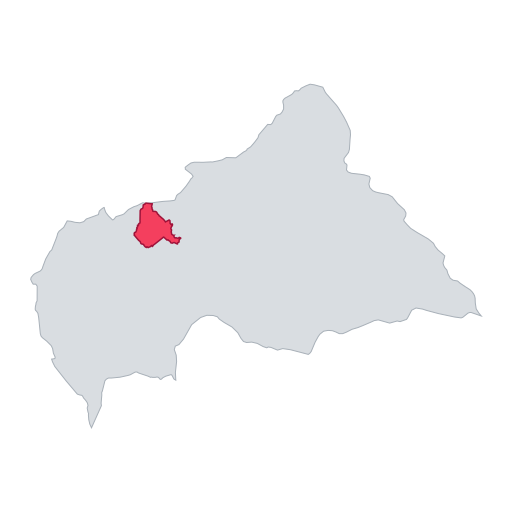 Batangafo, Ouham, Central African Republic (highlighted)
{"feature_id": "33826404B19230963390716", "entity_name": "Batangafo", "entity_type": "district", "adm_level": 2, "iso_a3": "CAF", "parent_name": "Central African Republic", "parent_adm1": "Ouham", "projection": "robinson", "projection_center": [18.084, 7.412], "detail": "fine", "context": "in_parent", "style": "filled", "palette": "rose", "viewbox_px": 512, "rotation_deg": 0, "n_neighbors": 0, "source": "geoboundaries", "source_scale": "gbopen_adm2", "svg_char_len": 6857}
<svg xmlns="http://www.w3.org/2000/svg" viewBox="0 0 512 512"><path d="M364.3,174.9L369.3,176.4L370.2,178.2L368.9,184.0L369.8,187.6L372.7,190.7L375.7,192.0L378.5,192.7L388.2,194.6L392.2,196.8L397.6,203.6L404.3,209.7L406.0,213.0L405.7,216.0L403.7,219.6L404.0,221.1L407.1,224.7L410.7,228.4L417.1,232.5L428.3,239.0L433.5,243.3L435.2,246.6L438.1,250.1L442.1,253.4L444.8,255.9L443.0,263.0L443.6,265.3L444.6,267.4L446.9,270.1L447.9,273.7L450.2,278.2L453.0,280.2L457.6,281.0L460.0,283.1L465.1,286.6L470.0,289.7L472.1,291.8L473.5,293.7L474.6,295.9L475.1,298.2L475.3,303.0L476.2,308.9L478.8,313.0L481.3,316.0L471.2,312.5L469.7,312.5L468.0,313.1L462.8,317.3L461.1,317.9L454.5,317.0L438.5,313.6L426.2,310.3L422.6,309.1L416.0,308.0L411.7,310.2L407.6,317.9L406.5,319.4L400.1,321.6L397.1,321.0L389.7,323.1L378.3,319.9L374.2,320.6L371.0,322.1L362.8,325.6L357.8,327.6L352.0,329.3L346.5,332.1L342.8,333.6L339.2,333.6L335.9,332.0L332.4,330.7L328.1,330.4L323.6,331.2L319.9,334.2L318.3,336.4L315.1,342.2L311.2,351.5L309.7,353.4L308.3,354.4L290.4,349.7L282.7,348.6L277.5,350.1L271.0,347.4L268.2,347.0L266.8,347.8L263.2,346.6L257.3,343.4L251.7,342.1L246.6,342.5L243.5,341.5L241.0,338.4L237.8,332.7L232.0,327.0L224.2,322.5L219.3,319.1L217.4,316.8L213.2,315.5L206.8,315.3L200.6,317.5L191.7,324.6L183.5,339.1L178.9,344.6L175.3,346.1L174.3,349.6L176.2,355.1L176.6,361.5L175.4,372.4L175.8,380.2L173.9,379.0L172.0,375.3L171.1,374.6L165.7,376.2L162.9,377.7L161.4,379.2L160.2,379.4L158.5,377.4L157.1,377.0L155.0,377.4L152.8,377.4L151.4,377.1L150.5,377.3L147.9,376.1L138.6,373.0L137.0,372.0L135.1,372.1L130.2,374.8L127.7,375.5L120.0,377.2L111.7,378.0L108.5,378.0L106.3,379.2L104.9,380.8L102.4,390.9L101.7,392.6L101.8,395.1L101.1,403.2L101.4,405.7L91.5,427.8L89.8,424.1L88.8,419.8L88.4,414.9L88.6,413.6L88.0,412.1L87.2,408.0L88.0,405.4L87.3,402.7L85.4,400.0L83.6,398.0L82.6,396.1L81.8,395.3L79.9,395.0L77.3,394.1L66.3,381.1L54.8,366.5L52.5,361.8L51.6,359.1L54.4,358.7L55.1,358.2L55.1,357.0L53.4,353.2L52.6,348.5L51.2,345.6L46.7,341.1L42.4,337.7L41.0,336.0L40.3,333.5L38.7,317.7L37.9,313.3L36.6,311.3L35.6,310.4L35.2,309.3L35.4,306.5L36.0,304.0L36.0,303.0L37.1,300.8L37.2,286.2L35.8,284.2L33.2,284.2L31.9,282.1L30.7,279.4L31.1,277.5L33.5,274.6L35.2,273.4L40.1,271.1L41.4,269.9L42.3,268.5L42.9,266.5L45.7,259.0L49.9,251.6L51.7,250.0L56.0,239.0L57.0,236.2L57.7,233.4L59.1,231.2L63.7,227.4L67.2,220.9L71.0,221.3L74.9,222.3L79.9,222.8L83.8,221.6L86.3,219.0L98.4,214.6L99.3,211.1L101.2,209.3L103.4,207.7L104.2,207.5L104.4,208.6L105.7,212.3L108.4,215.9L112.5,219.9L113.6,219.6L116.1,216.6L122.4,214.7L124.0,213.9L128.5,209.5L133.9,206.7L137.0,205.7L142.5,202.8L146.3,203.2L152.6,202.7L162.9,201.4L170.4,200.9L174.2,200.4L175.1,199.8L176.6,195.6L177.7,194.4L180.5,192.6L186.0,186.2L189.7,180.9L190.8,178.9L191.5,178.6L193.1,176.3L191.5,174.0L185.3,169.2L185.4,168.6L185.1,167.8L185.4,167.1L187.8,165.2L190.9,163.0L194.3,162.2L203.2,162.3L210.7,161.9L212.4,162.0L218.3,160.8L222.3,159.8L226.4,157.5L235.8,157.8L243.6,152.0L245.8,150.9L246.8,150.0L247.1,149.1L250.7,146.8L254.8,142.0L258.0,137.7L258.9,134.7L267.7,124.4L270.7,124.6L272.2,123.3L275.7,116.5L276.8,115.2L280.4,114.0L282.1,112.0L283.6,109.0L283.6,105.2L282.9,102.2L282.9,100.8L283.7,99.4L285.1,98.1L291.8,94.4L293.5,92.6L294.5,91.0L296.4,90.7L298.4,90.9L299.7,89.9L301.2,88.2L305.8,85.9L310.1,84.2L314.6,84.9L322.8,87.2L325.2,92.1L326.4,93.8L336.6,105.4L338.5,108.1L343.6,116.5L346.6,122.2L350.2,130.4L350.5,134.8L350.1,138.6L349.4,149.4L348.5,152.5L344.1,158.3L343.9,160.9L344.8,163.0L346.2,163.9L347.0,165.0L346.5,170.0L348.1,172.0L351.5,173.3L359.9,174.2L364.3,174.9Z" fill="#d9dde1" stroke="#a8b0b8" stroke-width="1"/><path d="M136.8,228.0L137.1,228.3L137.1,228.6L136.9,229.0L136.6,229.2L136.5,229.8L136.5,230.5L135.8,232.0L135.5,232.3L135.2,232.4L134.8,232.4L134.6,232.6L134.4,232.8L134.2,233.3L134.2,233.6L134.4,234.2L134.4,234.6L134.1,235.0L138.6,240.3L140.2,241.6L140.8,243.3L141.0,243.6L141.4,243.8L141.7,243.9L141.8,244.0L142.5,244.1L143.2,244.3L143.7,244.7L143.9,245.2L144.4,245.9L145.1,246.7L145.5,247.0L146.3,247.4L146.4,247.2L146.5,247.1L146.9,246.8L147.1,246.8L147.4,247.1L148.1,247.6L148.9,247.2L149.3,247.0L149.9,246.9L150.4,246.6L151.1,246.0L151.1,245.9L151.3,245.8L151.5,245.7L151.8,245.5L152.3,246.4L152.6,246.2L152.9,245.9L153.1,245.6L153.2,245.4L153.4,245.1L153.7,244.8L154.6,244.2L162.7,237.8L162.8,237.6L163.2,237.3L163.7,237.1L164.0,237.3L164.5,237.8L165.0,238.2L165.1,238.4L165.6,238.8L166.0,239.2L166.5,239.6L166.7,239.9L167.1,240.1L167.4,240.0L167.7,239.9L167.9,239.8L168.2,240.0L168.6,240.4L169.0,240.7L169.6,241.1L170.2,241.4L170.4,242.0L170.7,242.7L171.3,242.9L172.0,243.1L172.5,243.1L173.3,242.7L174.2,242.5L175.0,242.9L176.6,243.7L177.1,243.9L177.4,243.9L177.4,243.5L177.5,243.1L177.6,242.9L177.9,242.7L178.0,242.6L178.7,242.4L178.9,242.2L179.0,241.8L179.1,241.5L179.1,241.0L179.1,240.7L179.2,240.1L179.2,239.7L179.4,239.4L179.5,239.2L179.8,239.0L179.9,238.9L180.1,238.8L180.4,238.7L180.6,238.5L180.7,238.3L180.7,238.2L180.6,237.9L180.1,237.7L179.2,237.4L179.0,237.6L178.6,238.0L178.3,238.1L178.0,238.2L177.6,238.2L177.1,238.1L176.7,237.9L176.1,237.8L175.5,237.9L175.0,237.9L174.8,237.7L174.4,237.4L174.3,237.2L174.2,237.0L174.0,236.5L173.9,236.2L173.9,235.9L173.9,235.6L173.9,235.4L174.0,235.3L173.7,235.3L173.3,235.2L173.2,235.2L172.8,235.0L172.4,234.8L172.1,234.6L171.7,234.2L171.6,233.6L171.2,231.8L171.3,231.4L171.4,231.0L171.5,230.5L171.5,229.9L171.4,229.5L171.1,229.2L170.9,228.8L170.9,228.4L171.1,227.7L171.2,227.4L171.4,226.9L171.5,226.7L171.9,226.3L172.0,225.9L172.1,225.7L172.3,225.3L172.5,225.0L172.5,224.6L172.4,224.3L172.3,224.0L172.0,223.9L171.9,224.0L171.2,224.6L170.1,223.4L170.1,222.7L169.9,220.6L169.1,220.0L165.4,221.9L164.6,220.6L163.1,219.0L161.4,217.6L160.0,216.3L159.1,215.8L158.8,215.1L158.4,214.5L157.8,214.3L157.5,213.8L156.8,212.4L156.3,211.9L155.9,211.7L155.5,211.5L155.0,211.4L154.5,211.4L153.8,211.4L153.4,211.4L153.0,211.3L152.8,211.1L152.7,210.8L152.7,210.4L152.6,209.8L152.5,209.5L152.3,209.3L152.1,209.1L152.0,208.7L152.1,207.9L151.9,207.6L151.8,207.1L151.6,206.4L151.7,205.7L152.0,205.0L152.2,203.8L151.9,203.8L150.7,203.7L149.3,203.5L147.6,203.3L146.7,203.2L146.1,203.1L145.9,203.1L145.4,203.6L145.1,203.7L145.1,204.0L144.8,204.2L144.6,204.3L144.3,204.4L144.0,204.6L143.7,204.7L143.3,204.9L143.2,205.0L143.2,205.5L143.2,205.9L143.1,206.4L143.1,207.0L143.0,207.4L142.9,207.6L142.8,207.9L142.6,208.3L142.4,208.5L142.0,208.7L141.7,208.8L141.2,209.0L140.8,209.5L140.7,209.7L140.2,210.6L140.0,221.0L140.1,221.4L140.1,221.6L140.0,222.0L140.0,222.4L140.0,222.6L139.9,223.0L139.7,223.2L139.2,223.4L139.0,223.5L138.9,223.8L138.6,224.0L138.5,224.6L138.5,224.8L138.5,225.1L138.3,225.2L138.0,225.2L137.7,225.2L137.5,225.3L137.5,225.5L137.6,225.8L137.7,226.0L137.7,226.7L137.3,227.0L137.1,227.2L136.9,227.5L136.8,228.0Z" fill="#f43f5e" stroke="#9f1239" stroke-width="1.5"/></svg>